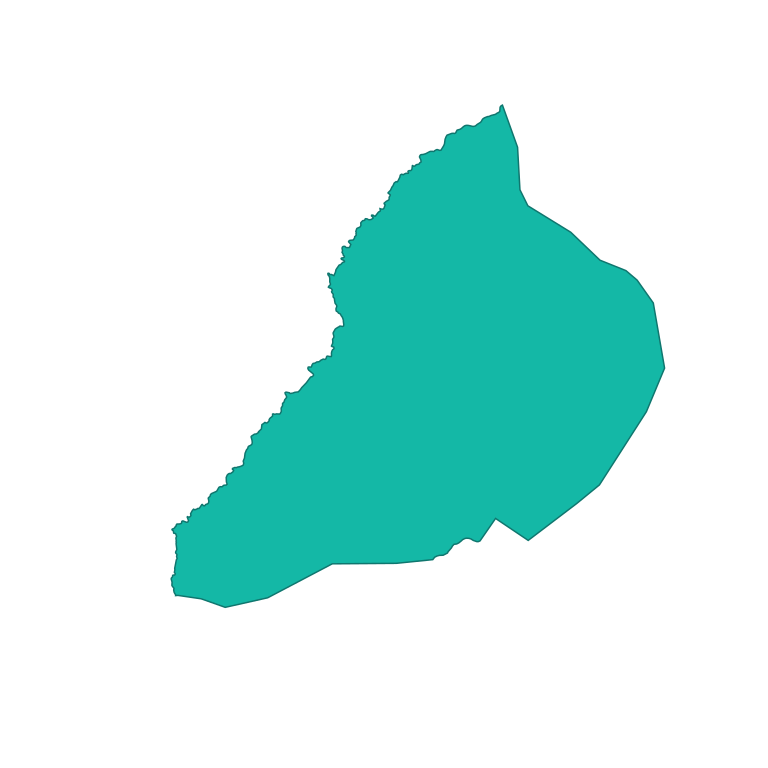 the district of Bayannuur, Bayan-Ölgiy, Mongolia, rotated 245°
{"feature_id": "93677404B56140386590305", "entity_name": "Bayannuur", "entity_type": "district", "adm_level": 2, "iso_a3": "MNG", "parent_name": "Mongolia", "parent_adm1": "Bayan-Ölgiy", "projection": "mercator", "projection_center": [91.081, 48.956], "detail": "fine", "context": "isolated", "style": "filled", "palette": "teal", "viewbox_px": 768, "rotation_deg": 245, "n_neighbors": 0, "source": "geoboundaries", "source_scale": "gbopen_adm2", "svg_char_len": 6171}
<svg xmlns="http://www.w3.org/2000/svg" viewBox="0 0 768 768"><g transform="rotate(245 384 384)"><path d="M279.8,645.0L343.6,662.3L371.2,657.3L384.5,651.2L404.9,632.1L442.6,617.4L484.7,589.7L502.6,589.3L542.1,605.1L586.7,609.2L586.7,608.3L586.5,607.3L585.8,606.2L582.2,604.2L581.6,602.6L581.7,601.2L581.3,598.9L582.1,594.6L582.1,592.3L582.6,590.8L582.8,587.6L582.6,586.0L582.2,585.0L580.8,583.1L580.3,581.8L579.9,578.2L579.3,576.2L579.3,575.3L579.8,573.5L582.7,569.8L583.7,567.8L583.9,566.3L583.7,564.8L582.9,562.2L582.7,560.6L583.2,557.6L582.2,556.1L581.5,555.5L581.2,554.6L581.3,553.7L582.0,552.7L582.5,551.3L582.9,546.3L581.9,544.8L580.0,542.8L576.1,540.3L574.8,538.9L571.8,534.4L572.3,533.0L573.8,531.6L574.2,530.6L574.0,528.4L573.7,527.8L573.9,526.9L574.3,526.4L575.2,524.4L575.3,523.6L575.1,519.0L575.5,516.5L576.1,514.9L576.2,514.0L575.9,513.2L574.8,512.1L571.6,512.1L569.6,511.5L569.3,509.8L568.5,508.6L569.1,506.1L568.9,505.0L568.6,504.6L568.6,503.4L568.7,503.0L569.9,502.3L569.9,502.0L566.9,500.1L566.5,499.6L566.1,498.4L566.8,496.9L566.8,496.0L566.4,495.5L565.3,495.6L564.7,495.1L565.7,492.9L565.7,491.2L565.5,490.1L566.7,488.5L566.6,487.7L566.4,487.0L564.7,485.7L562.0,482.3L561.6,481.3L562.3,480.5L562.0,478.8L561.8,478.1L559.9,476.0L559.1,474.4L556.8,471.7L555.7,468.6L555.2,468.4L553.2,469.5L552.7,469.6L552.2,469.2L551.1,467.6L549.6,466.9L548.8,466.1L548.6,463.3L547.8,460.5L547.2,460.3L545.8,460.7L543.3,458.2L543.0,457.6L543.0,456.8L543.7,455.5L544.6,454.5L542.7,454.0L542.3,453.6L542.2,452.0L542.0,451.3L539.8,447.1L540.2,446.3L541.7,445.4L542.2,444.5L542.2,444.1L541.6,443.7L539.8,444.4L539.0,444.3L538.5,442.1L538.9,440.4L539.7,439.2L540.8,438.5L541.6,437.2L541.5,436.6L540.5,435.6L541.0,433.9L540.9,433.4L540.3,431.8L539.8,431.0L537.5,430.1L536.6,429.0L536.4,428.4L536.5,425.5L536.2,424.8L534.1,422.9L532.7,422.8L532.1,422.1L530.8,421.8L530.4,421.4L529.9,419.7L528.8,419.0L527.8,417.5L527.6,416.6L528.4,414.5L528.7,413.3L528.2,412.2L527.7,412.0L524.5,412.9L522.4,410.5L522.4,410.1L523.3,408.0L523.9,407.2L525.3,406.7L525.7,405.9L525.9,405.1L525.7,404.2L524.9,403.4L522.3,402.7L521.0,401.6L519.2,401.9L518.1,401.5L516.6,402.0L515.9,401.8L515.7,401.3L515.6,400.6L516.1,398.7L515.7,398.1L514.9,398.2L513.0,399.8L512.0,400.1L511.5,399.8L511.6,397.7L510.6,395.4L510.7,393.5L508.0,388.9L505.7,387.1L503.4,384.4L505.5,382.6L505.5,382.3L506.3,381.1L507.2,381.1L507.7,380.8L508.0,380.1L507.7,379.7L506.5,379.4L504.5,379.9L502.4,379.4L499.5,378.0L497.1,377.7L496.6,377.1L495.9,375.2L495.3,374.5L494.3,375.1L492.9,376.5L491.3,376.9L490.8,376.7L490.0,375.6L489.2,375.4L486.8,375.9L484.4,374.7L482.5,375.2L480.6,374.5L477.8,373.8L475.7,374.3L474.4,374.1L472.4,372.2L470.7,371.6L470.2,371.6L468.9,372.5L467.5,372.7L466.0,374.0L463.8,374.1L462.8,374.4L460.8,374.4L458.6,374.0L457.9,373.6L454.7,372.6L453.6,371.8L453.6,370.9L455.1,368.6L455.1,367.9L454.8,367.3L454.9,366.5L454.6,364.0L454.3,362.9L452.0,359.7L451.1,359.2L448.6,358.8L447.8,358.4L447.3,358.0L446.3,356.3L444.1,355.5L442.6,354.7L440.6,352.4L439.9,352.7L438.8,354.0L437.9,353.9L437.2,353.6L436.9,353.0L436.8,352.0L436.5,351.5L435.6,350.5L434.2,349.4L432.0,348.5L431.2,347.9L431.8,346.5L433.1,344.7L433.3,344.2L432.9,343.4L431.7,342.4L431.3,341.7L431.2,340.9L432.3,339.4L432.2,336.5L431.7,335.1L431.7,334.3L432.4,332.4L432.1,330.5L432.6,328.4L432.0,327.2L430.2,325.4L430.2,324.9L431.2,323.1L431.3,322.4L430.8,321.9L430.0,321.5L428.4,321.6L423.1,324.1L422.1,324.0L421.5,323.6L421.0,322.1L421.3,320.8L421.1,320.0L417.8,313.9L415.5,307.9L414.2,305.7L413.1,303.0L414.2,299.5L414.3,297.6L414.9,295.4L415.1,294.9L416.1,294.5L417.8,292.2L418.1,291.6L417.9,290.6L416.8,290.3L415.1,290.5L413.4,290.3L412.9,289.9L411.7,287.4L409.8,285.6L409.3,283.9L407.1,282.8L405.8,280.8L405.2,280.4L402.6,279.4L401.1,277.5L400.9,276.7L402.4,273.8L402.6,272.3L403.8,270.9L403.8,270.3L401.9,269.3L401.3,266.7L400.9,265.7L400.1,264.7L399.3,264.5L398.4,262.6L398.2,261.3L398.5,260.7L399.5,259.9L399.5,259.5L399.1,258.2L398.8,256.2L395.0,253.8L393.8,250.1L393.2,250.0L392.7,247.3L393.3,245.3L392.8,242.0L392.6,241.5L392.2,241.2L388.8,240.6L386.7,239.9L385.5,239.1L385.1,238.4L384.8,237.2L384.8,235.0L384.5,234.4L383.1,233.1L382.4,231.5L379.9,228.8L375.8,226.2L373.6,223.8L371.5,223.4L370.2,222.3L369.9,221.8L369.9,219.8L370.1,218.0L370.6,216.1L370.6,214.8L371.4,213.5L371.5,211.0L370.6,210.6L369.7,211.2L369.1,211.2L368.6,210.5L368.2,209.8L367.7,207.2L368.3,205.9L368.2,204.7L367.7,203.4L366.0,201.5L361.9,199.8L359.5,199.5L359.1,198.3L359.9,196.1L359.9,195.5L359.3,194.2L359.6,193.1L360.1,192.3L360.2,191.1L359.9,190.4L357.7,187.3L357.5,186.4L357.6,181.4L357.2,180.1L355.7,178.8L355.1,176.8L354.7,176.4L351.8,175.7L350.3,174.6L349.9,173.6L350.1,171.9L350.1,171.3L349.5,170.4L349.5,169.7L350.1,168.9L351.6,168.4L351.7,167.9L349.5,164.3L349.4,163.8L349.9,162.7L349.7,160.8L349.9,160.4L349.9,159.4L351.0,158.6L350.9,158.1L350.3,156.8L348.2,153.9L346.3,153.4L345.8,152.4L345.6,151.4L345.7,150.9L346.8,149.9L346.6,149.4L342.8,149.1L341.9,148.0L341.9,147.2L342.2,146.5L344.9,143.9L345.0,143.0L344.9,142.7L343.5,141.7L343.3,141.3L343.5,139.7L344.6,137.1L344.0,136.1L343.4,135.9L343.2,135.6L343.1,134.9L342.1,133.3L341.9,132.5L342.0,130.8L341.8,130.4L341.2,130.3L339.9,131.0L337.8,130.4L337.5,130.5L336.8,131.6L336.4,131.9L333.7,131.7L332.3,130.3L329.8,129.5L328.7,128.8L328.0,128.8L327.2,128.1L321.6,126.3L319.7,124.1L318.9,123.8L317.1,124.3L316.4,124.0L315.3,123.1L313.3,122.8L312.4,121.5L305.4,116.4L303.9,115.9L301.9,114.4L300.6,114.7L300.2,114.5L299.5,113.9L299.4,113.5L299.5,113.0L299.8,112.6L299.9,111.6L299.0,111.1L298.3,110.3L298.0,109.3L297.2,108.7L294.0,108.2L291.2,106.7L290.1,106.7L287.6,107.3L286.1,106.3L284.1,105.8L282.7,105.8L280.9,106.1L280.3,105.7L279.5,107.9L266.6,127.5L248.7,145.7L239.4,188.2L242.9,261.1L216.3,319.3L204.2,354.0L205.6,356.7L205.7,359.3L205.3,361.7L203.8,365.3L204.0,370.1L204.9,371.2L207.0,375.9L208.2,377.5L209.1,379.7L208.3,382.3L208.4,384.8L209.2,388.0L209.7,389.4L209.8,392.0L209.4,393.6L208.2,395.8L206.7,397.4L204.5,398.8L201.9,401.5L201.3,402.7L201.2,404.7L215.0,428.3L181.3,448.6L194.2,508.0L201.5,536.6L248.0,610.1L279.8,645.0Z" fill="#14b8a6" stroke="#0f766e" stroke-width="1.5"/></g></svg>